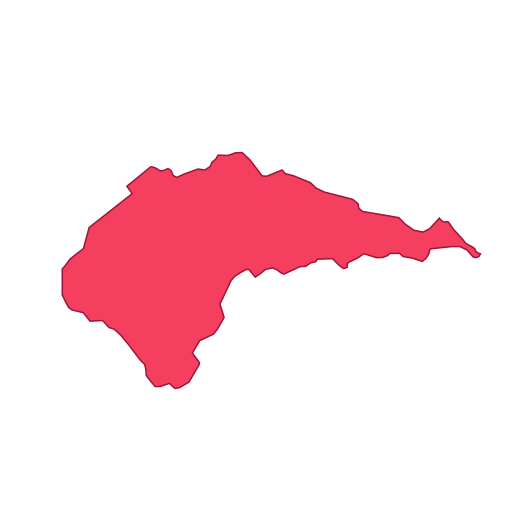 Sarandí Grande, Florida, Uruguay (Albers equal-area conic projection), rotated 143°
{"feature_id": "84410073B88525432493969", "entity_name": "Sarandí Grande", "entity_type": "district", "adm_level": 2, "iso_a3": "URY", "parent_name": "Uruguay", "parent_adm1": "Florida", "projection": "albers", "projection_center": [-56.374, -33.707], "detail": "fine", "context": "isolated", "style": "filled", "palette": "rose", "viewbox_px": 512, "rotation_deg": 143, "n_neighbors": 0, "source": "geoboundaries", "source_scale": "gbopen_adm2", "svg_char_len": 1917}
<svg xmlns="http://www.w3.org/2000/svg" viewBox="0 0 512 512"><g transform="rotate(143 256 256)"><path d="M75.4,122.7L76.8,124.6L77.7,127.4L76.9,130.0L77.7,133.0L79.6,136.9L81.0,140.6L80.9,143.7L80.9,144.7L81.4,149.2L81.6,152.7L82.0,156.1L82.3,158.7L82.3,159.1L82.0,162.4L81.9,166.2L82.1,167.9L83.3,168.9L84.4,169.1L85.4,170.0L86.4,172.1L86.8,174.8L86.7,175.9L100.9,173.3L108.1,174.5L114.3,181.4L117.6,191.5L118.9,200.7L144.3,227.7L145.1,232.4L143.1,236.1L144.6,242.9L163.0,266.0L167.2,274.2L168.4,281.8L177.7,297.4L183.1,304.2L183.4,309.0L199.3,313.2L202.9,316.3L203.0,336.2L204.8,347.0L210.4,350.8L217.8,353.1L225.6,359.4L229.8,357.6L234.7,357.4L238.6,355.1L245.0,355.4L250.0,360.4L264.9,364.9L271.9,366.4L273.7,370.2L272.6,374.2L272.8,377.1L273.9,378.9L277.9,379.7L281.1,381.5L282.9,385.8L284.0,388.0L286.4,390.6L317.2,389.4L317.3,380.3L372.1,379.2L389.3,365.8L406.1,365.5L414.3,363.1L418.6,362.2L426.9,351.1L434.2,341.4L435.8,333.2L436.6,327.9L435.5,323.7L431.3,318.6L428.0,314.7L427.8,303.9L417.3,296.7L416.4,287.3L413.3,282.9L411.7,274.4L411.1,261.2L411.1,242.9L410.2,236.3L412.3,231.6L415.6,226.5L415.5,219.6L415.1,212.4L410.9,209.4L401.9,206.4L400.5,199.1L396.4,196.9L385.5,195.6L366.7,203.5L365.3,204.9L365.2,216.8L351.9,222.3L337.0,219.2L331.1,220.7L318.5,226.1L313.7,239.3L290.7,251.4L285.4,252.5L278.7,252.1L272.4,251.3L269.8,249.6L269.3,239.6L263.6,239.3L256.2,239.5L249.7,236.3L247.7,232.6L246.0,227.0L244.6,224.7L235.4,222.8L227.5,221.1L222.5,217.9L216.4,217.6L211.8,215.5L208.9,216.5L196.5,207.8L195.2,198.4L193.8,193.6L191.8,192.4L189.6,192.2L188.0,194.8L185.6,195.2L181.7,194.3L175.9,193.2L168.5,193.0L160.8,182.2L155.7,178.6L150.9,177.2L147.4,177.4L139.7,171.6L138.9,167.1L132.4,160.2L126.5,151.6L121.2,151.9L116.6,153.8L113.1,156.7L110.8,155.8L104.8,152.2L94.3,145.9L87.5,140.8L83.8,133.8L83.2,124.8L81.6,122.5L78.4,121.4L75.4,122.7Z" fill="#f43f5e" stroke="#9f1239" stroke-width="1.5"/></g></svg>